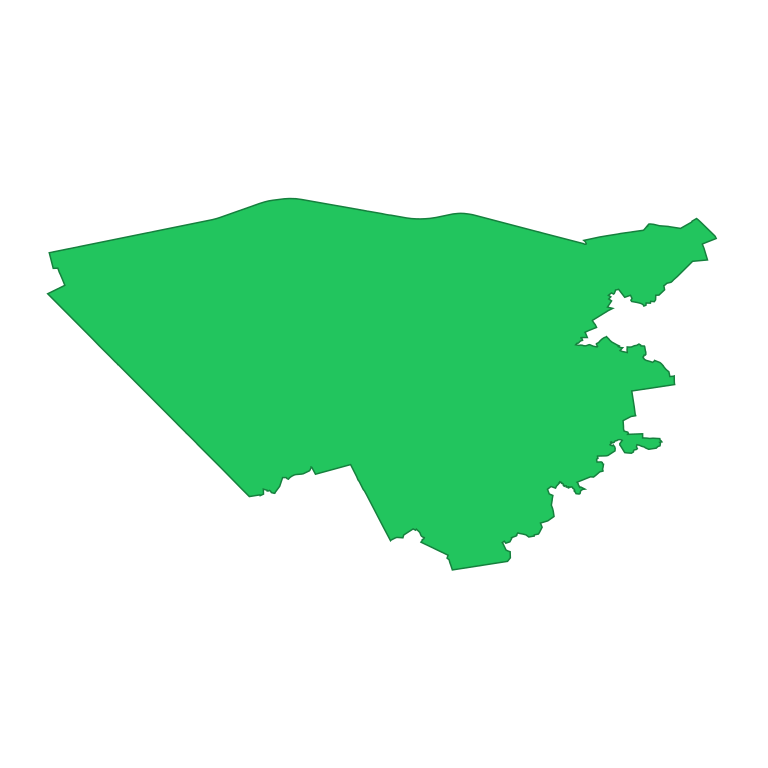 the district of Smārdes pag., Engures, Latvia, rotated 179°
{"feature_id": "27541924B30626092647888", "entity_name": "Smārdes pag.", "entity_type": "district", "adm_level": 2, "iso_a3": "LVA", "parent_name": "Latvia", "parent_adm1": "Engures", "projection": "robinson", "projection_center": [23.267, 56.989], "detail": "fine", "context": "isolated", "style": "filled", "palette": "green", "viewbox_px": 768, "rotation_deg": 179, "n_neighbors": 0, "source": "geoboundaries", "source_scale": "gbopen_adm2", "svg_char_len": 6080}
<svg xmlns="http://www.w3.org/2000/svg" viewBox="0 0 768 768"><g transform="rotate(179 384 384)"><path d="M263.6,204.5L260.7,208.0L260.8,214.1L263.0,214.9L264.9,215.9L267.7,222.1L268.5,223.3L266.5,224.7L265.0,222.7L260.9,224.0L259.0,227.4L259.2,228.1L254.2,229.9L253.8,230.5L254.0,231.0L252.7,232.8L251.5,232.3L248.0,231.6L244.7,230.7L241.9,228.5L237.6,229.2L236.5,229.3L236.4,230.5L232.2,231.3L231.2,232.8L228.4,238.0L230.0,242.2L222.6,244.3L216.3,248.6L217.0,253.9L217.7,256.9L218.8,259.9L217.9,264.9L217.8,266.1L217.1,269.6L220.7,271.2L222.4,275.9L222.0,276.2L218.8,278.6L214.3,276.9L213.3,278.9L210.6,281.7L210.8,282.0L209.8,282.3L209.9,283.2L209.4,283.1L208.2,282.4L208.0,282.1L208.1,281.6L207.8,281.4L207.2,281.4L206.8,281.2L206.5,280.5L206.6,279.9L206.3,279.4L205.8,279.5L205.1,279.1L205.4,279.1L205.7,278.8L205.4,278.6L205.1,278.9L203.0,279.0L203.7,278.6L203.6,277.8L203.1,277.7L201.5,278.0L201.5,277.8L201.8,277.2L201.6,276.9L201.2,276.8L200.1,277.7L199.0,277.6L198.6,277.9L197.3,277.4L197.2,276.8L196.9,276.3L195.9,275.6L195.5,275.2L195.3,274.7L195.6,274.2L195.4,274.0L195.7,273.7L194.6,272.4L193.9,271.0L190.9,270.6L190.1,270.9L189.8,271.3L189.5,272.8L189.0,274.1L188.0,274.5L187.5,275.2L186.7,275.3L186.4,275.2L185.0,275.4L189.1,277.6L189.9,277.1L190.7,278.2L190.7,278.6L191.5,280.0L191.7,281.1L192.2,281.9L192.7,282.4L179.2,287.6L176.1,287.3L173.7,289.1L169.8,292.4L166.6,293.1L166.6,294.0L167.1,295.1L166.6,296.2L165.9,300.0L167.0,300.5L167.1,301.7L168.2,302.3L172.3,302.2L172.7,304.0L172.7,305.1L171.3,306.1L171.8,307.2L171.8,308.2L163.2,308.3L161.4,308.6L154.2,313.1L154.0,315.6L154.5,317.3L155.9,319.0L156.6,318.2L158.8,318.9L159.1,319.5L157.9,320.4L158.4,321.9L157.7,322.2L156.2,321.1L155.6,321.6L154.9,321.7L154.3,322.6L153.6,323.2L152.3,323.3L150.8,324.2L149.0,324.3L147.7,324.0L146.8,323.5L149.3,320.2L149.2,318.8L148.6,318.1L144.5,311.2L141.4,310.8L137.8,310.5L135.8,311.7L135.6,313.0L134.9,313.8L133.1,314.0L131.8,314.9L132.7,316.8L132.1,318.9L129.8,318.3L127.4,317.2L124.7,316.4L123.8,315.6L120.5,314.1L112.9,315.1L111.4,316.6L109.1,317.4L108.7,319.8L108.7,320.3L109.3,320.9L107.2,321.3L108.1,322.5L109.0,323.2L109.2,324.6L116.0,325.1L119.2,324.9L122.1,325.3L126.4,325.6L126.3,326.4L126.3,329.7L141.2,329.4L140.5,330.3L141.1,331.6L144.7,332.7L145.3,334.7L145.3,337.7L145.6,343.2L137.6,347.2L132.9,347.9L132.9,348.3L133.3,348.6L134.2,356.7L136.4,372.7L93.4,378.4L93.6,379.4L93.7,381.0L93.7,387.0L94.6,386.7L98.1,386.5L98.5,389.1L99.0,391.3L101.3,393.2L102.6,394.6L104.7,397.4L104.6,397.5L106.4,399.5L107.8,400.7L113.0,402.8L113.1,402.3L113.7,402.0L115.2,400.9L116.9,401.7L121.6,403.1L122.9,403.9L123.9,404.9L123.8,405.2L124.4,405.7L124.6,406.4L123.7,407.3L123.7,407.9L123.4,408.4L122.3,408.3L121.7,409.0L121.7,411.3L122.1,412.8L122.7,416.8L123.0,417.4L126.4,417.6L126.6,418.4L128.4,419.5L130.7,418.2L133.0,417.9L135.9,416.7L138.0,416.6L140.2,416.8L140.3,414.3L140.4,414.1L140.2,411.2L145.3,412.4L147.4,413.3L144.8,416.1L146.2,416.2L149.0,417.3L148.2,418.0L150.1,418.9L155.5,422.0L157.8,424.1L158.0,424.6L160.5,427.2L160.7,427.5L161.3,427.1L163.1,426.5L165.3,425.1L167.1,423.5L168.3,422.2L168.5,421.8L170.9,420.6L170.9,419.9L169.8,417.9L170.1,417.5L170.3,417.4L171.1,417.5L174.0,418.1L177.6,419.7L178.4,419.7L181.6,418.6L184.0,418.8L184.6,419.2L186.7,419.5L188.5,419.2L191.7,419.9L190.5,421.3L188.7,421.6L187.8,422.7L186.6,423.7L185.4,424.0L185.5,424.2L184.7,424.4L185.4,426.2L186.9,426.9L185.1,427.0L179.9,426.9L181.9,432.0L182.1,432.2L178.3,433.9L170.5,436.9L171.9,439.9L172.4,440.4L174.6,443.7L174.3,444.1L158.6,453.4L154.0,455.6L159.2,457.0L155.0,463.1L157.8,465.1L155.7,467.2L158.1,468.8L155.0,471.1L152.9,469.9L152.1,470.6L150.8,473.8L150.8,474.0L149.2,474.2L147.8,474.6L141.8,466.5L136.0,468.4L134.5,465.2L135.7,463.5L134.9,462.2L129.5,461.1L126.8,460.4L125.4,459.9L124.1,459.2L123.1,458.2L122.8,457.4L120.7,458.2L120.5,460.4L116.2,460.2L115.9,462.0L112.3,461.6L111.0,463.4L110.9,465.2L110.7,468.0L107.5,468.1L101.8,473.3L102.5,477.5L101.3,478.1L99.4,479.8L95.3,480.7L94.0,481.7L92.7,483.1L88.8,486.4L81.4,493.5L73.3,501.3L58.4,502.4L61.7,514.1L63.3,518.3L62.9,518.6L49.3,523.7L50.2,525.7L50.7,526.4L64.2,540.0L66.8,542.5L68.6,544.0L73.2,541.4L73.4,540.8L73.6,540.5L84.8,534.4L95.3,536.2L97.2,536.6L105.8,537.4L111.5,538.9L114.6,539.3L116.4,539.3L118.3,537.2L118.0,537.1L118.9,536.4L121.8,533.2L145.2,530.3L147.2,529.9L157.9,528.4L165.9,527.2L181.7,524.1L180.4,523.0L179.3,520.8L179.7,520.2L181.1,520.2L181.8,520.8L184.8,521.6L220.8,531.6L289.8,551.0L292.8,551.8L296.0,552.4L300.9,553.1L304.5,553.3L307.3,553.2L312.1,552.8L328.9,549.6L335.0,548.8L340.0,548.5L344.2,548.4L348.4,548.5L353.5,548.9L358.4,549.6L374.3,552.7L375.7,552.8L379.4,553.5L383.2,554.4L396.8,557.0L397.3,557.0L398.9,557.4L463.0,569.9L468.9,570.8L475.2,571.1L480.5,570.9L491.6,569.7L495.9,569.1L499.9,568.2L505.4,566.6L544.9,553.4L548.2,552.4L552.7,551.3L716.4,521.1L712.7,505.4L708.1,505.5L706.6,501.1L705.2,498.1L705.2,497.9L703.7,494.3L701.4,488.2L718.7,480.1L674.4,434.0L668.1,427.2L657.5,416.3L652.3,410.8L650.5,409.1L649.8,408.0L649.4,408.0L605.9,362.8L595.6,352.1L591.5,347.8L591.2,347.4L583.5,339.5L582.7,338.5L581.2,337.1L575.4,331.2L572.2,327.8L571.8,327.2L548.4,303.0L528.7,282.2L520.6,273.8L510.1,275.3L509.8,274.5L506.4,276.0L506.5,281.0L502.5,279.7L502.6,279.1L501.2,279.1L500.3,279.6L499.2,278.7L498.5,277.4L495.5,276.6L495.0,276.9L495.1,277.0L490.1,283.5L487.0,292.2L483.3,292.1L482.7,291.2L482.2,290.9L481.2,290.5L480.2,291.7L478.8,292.8L477.1,293.8L475.1,294.7L473.7,295.0L467.8,295.4L466.2,295.7L460.1,298.5L459.7,298.9L458.9,300.5L458.3,301.8L458.3,302.2L457.6,301.9L454.1,295.0L418.8,304.0L412.9,291.8L411.8,288.9L411.2,287.8L410.6,287.2L406.6,278.9L405.4,277.4L403.3,273.4L387.1,240.8L380.2,227.2L379.7,227.8L375.6,229.8L373.9,230.4L367.8,229.9L366.9,232.7L357.4,238.6L355.0,237.3L354.2,238.3L351.8,236.0L350.8,234.9L349.6,231.8L349.0,231.1L347.7,230.2L346.4,229.7L346.9,228.5L348.4,227.8L348.2,227.3L349.8,225.2L322.9,211.7L324.0,208.8L322.0,207.2L321.2,204.0L320.4,201.8L318.9,196.9L263.6,204.5Z" fill="#22c55e" stroke="#15803d" stroke-width="1.5"/></g></svg>